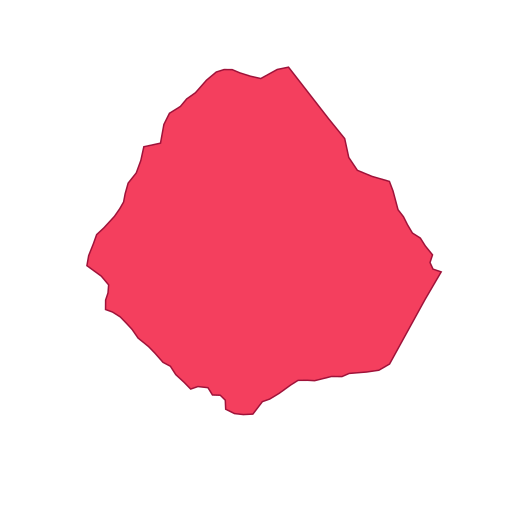 Canoas, Rio Grande do Sul, Brazil, rotated 51°
{"feature_id": "56859067B11854924468229", "entity_name": "Canoas", "entity_type": "district", "adm_level": 2, "iso_a3": "BRA", "parent_name": "Brazil", "parent_adm1": "Rio Grande do Sul", "projection": "mercator", "projection_center": [-51.18, -29.916], "detail": "fine", "context": "isolated", "style": "filled", "palette": "rose", "viewbox_px": 512, "rotation_deg": 51, "n_neighbors": 0, "source": "geoboundaries", "source_scale": "gbopen_adm2", "svg_char_len": 1193}
<svg xmlns="http://www.w3.org/2000/svg" viewBox="0 0 512 512"><g transform="rotate(51 256 256)"><path d="M384.9,122.1L377.6,126.7L370.6,124.9L366.2,118.1L354.6,118.1L345.5,117.0L336.6,120.0L327.0,118.6L318.3,116.7L309.4,116.5L291.7,108.6L282.0,105.4L267.2,115.7L253.2,123.3L237.8,121.9L220.6,113.2L194.9,113.2L129.7,111.9L124.4,122.1L121.1,140.6L112.6,147.3L103.5,153.3L96.2,157.2L91.0,163.5L88.0,171.1L88.2,183.8L91.0,200.3L90.3,211.0L92.2,220.6L90.6,233.4L95.8,244.8L108.2,259.2L100.5,274.4L109.3,285.4L116.1,296.8L118.9,309.5L125.2,318.4L130.7,324.9L133.5,332.1L136.1,341.0L138.4,356.5L139.1,366.4L144.0,374.4L150.4,385.8L157.1,393.5L174.3,388.9L185.7,388.7L191.6,394.3L195.6,400.6L202.9,406.6L209.2,402.8L218.0,399.8L227.2,399.0L235.2,398.5L245.6,399.3L258.8,396.5L267.7,395.7L280.1,395.2L287.8,391.9L297.7,393.0L308.7,391.4L318.3,390.5L320.9,383.3L328.1,376.2L336.6,377.3L341.7,371.4L348.7,370.6L356.0,376.0L364.9,371.9L371.3,365.6L376.9,357.9L373.2,342.7L375.8,335.4L377.3,324.4L378.1,310.0L379.1,301.6L384.9,294.3L389.8,288.9L397.1,273.2L403.8,265.1L405.9,257.5L415.8,243.0L422.1,232.4L424.0,220.2L396.1,151.8L384.9,122.1Z" fill="#f43f5e" stroke="#9f1239" stroke-width="1.5"/></g></svg>